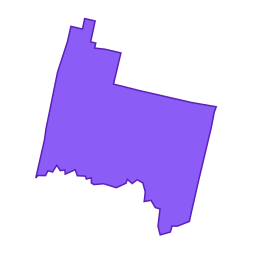 Benton, Oregon, United States of America (orthographic projection), rotated 103°
{"feature_id": "52423323B6989914060643", "entity_name": "Benton", "entity_type": "district", "adm_level": 2, "iso_a3": "USA", "parent_name": "United States of America", "parent_adm1": "Oregon", "projection": "orthographic", "projection_center": [-123.35, 44.499], "detail": "fine", "context": "isolated", "style": "filled", "palette": "violet", "viewbox_px": 256, "rotation_deg": 103, "n_neighbors": 0, "source": "geoboundaries", "source_scale": "gbopen_adm2", "svg_char_len": 821}
<svg xmlns="http://www.w3.org/2000/svg" viewBox="0 0 256 256"><g transform="rotate(103 128 128)"><path d="M205.2,47.2L196.6,47.3L165.5,47.4L108.6,47.0L93.1,47.5L87.5,46.8L88.9,72.4L89.0,125.1L88.5,152.0L56.5,151.8L56.4,167.8L57.6,178.5L52.5,178.5L52.5,183.8L31.1,184.1L31.1,194.8L41.8,194.6L41.8,206.5L57.5,206.4L89.4,209.2L147.4,207.7L158.6,206.7L197.4,206.6L194.6,205.2L192.9,197.6L187.8,196.5L187.8,191.6L180.3,189.0L184.8,184.4L183.0,180.1L187.1,178.8L180.5,170.0L185.9,166.7L184.5,158.7L187.1,157.1L184.8,152.6L189.8,151.3L190.8,148.5L187.8,139.2L188.4,131.0L188.8,125.9L182.2,117.5L178.2,117.1L181.2,111.4L176.4,107.6L178.1,101.2L186.4,96.8L196.0,95.7L193.3,89.3L199.4,83.5L199.6,78.6L216.9,76.7L224.9,72.6L219.9,63.4L213.6,63.0L212.5,57.8L205.2,47.2Z" fill="#8b5cf6" stroke="#5b21b6" stroke-width="1.5"/></g></svg>